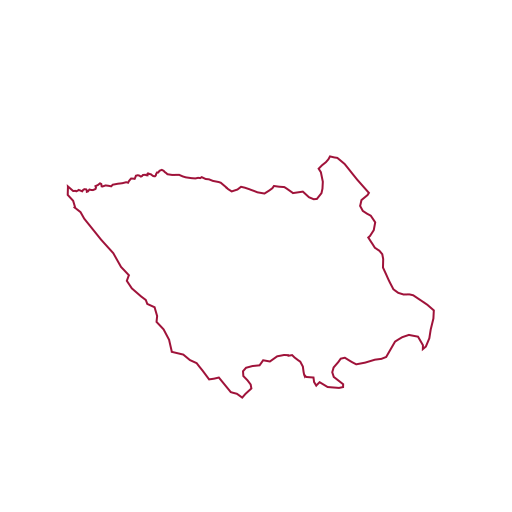 outline of Yeallequelleh, Bong, Liberia, rotated 131°
{"feature_id": "62588387B10021882083615", "entity_name": "Yeallequelleh", "entity_type": "district", "adm_level": 2, "iso_a3": "LBR", "parent_name": "Liberia", "parent_adm1": "Bong", "projection": "equal_earth", "projection_center": [-9.69, 6.817], "detail": "fine", "context": "isolated", "style": "outline", "palette": "rose", "viewbox_px": 512, "rotation_deg": 131, "n_neighbors": 0, "source": "geoboundaries", "source_scale": "gbopen_adm2", "svg_char_len": 3721}
<svg xmlns="http://www.w3.org/2000/svg" viewBox="0 0 512 512"><g transform="rotate(131 256 256)"><path d="M326.9,443.6L327.3,443.2L333.4,438.2L334.3,430.2L337.8,424.7L338.4,424.8L338.0,417.3L338.3,416.4L340.5,410.2L341.2,406.4L344.0,390.8L345.3,383.7L346.0,378.0L347.5,365.5L348.2,363.6L352.8,350.7L353.9,339.3L354.3,339.2L359.5,337.2L361.9,328.5L361.9,316.7L361.9,316.2L361.5,310.3L363.5,306.6L361.2,298.9L362.4,297.1L366.2,291.2L370.5,288.2L371.0,287.8L371.8,279.5L372.0,277.6L376.3,266.5L376.8,265.9L383.0,257.4L383.6,256.7L378.1,246.2L377.9,237.6L375.8,230.5L376.6,226.5L377.6,220.9L379.9,210.4L379.5,210.1L379.1,209.8L378.6,209.3L376.0,207.1L372.1,204.3L375.2,186.2L375.3,185.8L374.3,183.6L373.8,182.6L372.5,180.0L371.9,173.5L370.3,173.5L370.0,173.5L367.0,173.5L359.0,172.6L356.5,175.7L355.4,180.9L354.9,186.8L351.5,190.2L347.2,190.2L346.9,190.2L341.4,186.5L338.1,183.4L336.2,181.6L333.8,181.8L330.0,182.2L326.5,176.3L317.8,174.2L314.5,171.6L312.3,169.9L309.7,166.6L310.0,166.1L307.1,163.7L307.3,160.4L307.0,155.7L306.7,153.3L308.7,148.1L312.3,144.0L314.0,141.8L314.6,140.6L314.1,140.8L314.4,138.8L310.0,132.9L313.0,129.5L314.3,125.5L313.5,125.5L309.5,125.2L307.9,116.0L305.4,112.6L301.1,106.8L297.8,104.3L295.6,106.1L296.2,117.2L296.3,117.9L293.7,122.2L289.2,124.3L286.0,124.3L282.1,124.3L277.9,124.7L274.5,122.2L273.5,116.1L273.1,113.9L272.0,109.3L264.9,103.7L256.2,98.2L252.6,95.0L251.4,93.9L246.8,91.5L229.4,94.9L225.7,93.8L221.4,92.4L219.3,91.2L215.2,88.8L215.0,88.4L214.2,87.0L210.6,80.8L213.8,71.5L216.8,69.0L212.9,68.4L204.4,71.2L196.9,75.9L186.8,81.1L180.4,86.1L180.4,93.5L180.4,94.7L182.5,111.6L183.5,113.5L184.3,115.0L186.1,117.0L188.2,119.3L190.5,124.5L191.0,130.4L188.2,137.5L187.1,140.1L186.1,142.3L184.6,145.5L181.4,152.6L175.1,157.8L174.7,158.2L172.1,161.5L171.8,161.9L171.1,166.2L171.8,171.7L170.3,176.7L170.0,177.9L168.4,183.4L166.1,183.1L159.2,184.1L152.4,188.1L151.8,190.2L150.3,195.8L150.7,197.7L151.2,199.8L151.9,205.0L149.9,210.3L149.6,210.4L144.6,213.1L136.8,211.8L134.3,212.2L132.0,229.7L130.6,237.5L129.5,243.4L128.4,249.5L128.5,254.8L128.5,255.1L128.6,259.0L130.2,261.5L131.3,263.6L132.3,265.5L134.1,265.1L135.5,264.8L139.4,264.8L142.6,265.4L144.2,265.7L149.0,266.0L150.2,262.0L153.8,257.3L156.1,254.3L161.6,250.0L165.1,248.1L165.7,247.8L173.0,247.5L175.3,249.7L176.9,254.6L176.7,261.5L176.7,262.9L184.3,269.4L184.3,270.2L185.0,277.1L185.4,279.8L185.9,280.5L188.6,284.1L191.4,288.4L194.1,288.1L198.0,289.0L203.3,290.6L207.0,296.7L208.1,299.9L209.5,303.5L209.9,304.7L211.8,309.3L213.6,312.7L218.0,313.6L221.5,315.7L223.2,316.7L223.8,320.8L223.9,323.0L223.7,323.0L223.8,329.3L223.8,330.6L224.6,332.6L227.6,337.8L229.0,341.8L230.9,344.5L231.2,345.5L232.1,348.7L233.8,349.2L235.0,351.0L237.2,352.6L239.6,355.8L242.7,360.6L244.0,363.5L245.2,367.3L249.8,372.4L252.4,376.5L252.3,378.0L252.5,379.9L252.3,381.6L252.8,383.6L254.9,384.7L257.2,384.6L257.9,385.5L259.8,385.1L260.9,384.5L261.8,384.5L262.2,384.6L263.1,386.0L263.3,388.1L263.3,389.1L264.2,390.4L264.2,391.2L264.6,391.8L265.3,391.8L265.9,391.1L266.3,390.8L267.0,391.7L267.4,392.9L268.3,393.8L269.1,394.5L270.6,394.5L271.6,395.0L271.9,396.9L272.6,398.2L274.2,399.3L275.0,399.0L276.3,398.5L277.4,398.2L278.2,399.5L279.5,401.1L281.3,401.1L283.2,401.0L284.6,400.6L285.5,402.4L288.7,404.6L290.5,406.2L292.0,407.6L296.2,410.9L298.4,411.0L299.8,413.4L301.4,415.8L304.3,417.5L304.7,418.2L303.2,420.0L303.5,421.4L304.7,421.6L306.2,421.9L308.6,423.0L309.4,421.6L310.7,421.1L310.8,421.1L313.2,422.3L314.3,423.7L315.1,425.3L317.5,425.2L318.5,425.8L317.5,426.8L317.1,427.8L318.2,429.4L319.8,429.8L321.2,429.6L321.9,431.7L322.5,433.2L323.3,433.3L325.1,434.1L325.3,435.0L326.9,436.6L326.9,443.6Z" fill="none" stroke="#9f1239" stroke-width="2"/></g></svg>